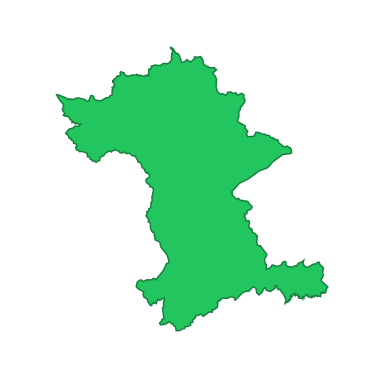 Mueang Tak, Tak, Thailand, rotated 279°
{"feature_id": "78962969B62571443706919", "entity_name": "Mueang Tak", "entity_type": "district", "adm_level": 2, "iso_a3": "THA", "parent_name": "Thailand", "parent_adm1": "Tak", "projection": "orthographic", "projection_center": [99.229, 16.887], "detail": "fine", "context": "isolated", "style": "filled", "palette": "green", "viewbox_px": 384, "rotation_deg": 279, "n_neighbors": 0, "source": "geoboundaries", "source_scale": "gbopen_adm2", "svg_char_len": 5997}
<svg xmlns="http://www.w3.org/2000/svg" viewBox="0 0 384 384"><g transform="rotate(279 192 192)"><path d="M266.8,43.0L261.6,47.3L258.4,51.5L257.0,51.3L255.4,52.1L254.5,51.1L252.4,51.4L249.6,54.2L247.8,52.8L246.9,55.0L247.6,56.0L246.8,57.2L247.1,58.6L244.2,60.5L244.7,61.4L244.1,62.1L241.9,62.6L242.8,63.6L241.8,64.2L242.1,65.4L241.0,66.4L242.1,67.2L241.1,69.5L241.5,71.6L239.2,70.0L238.7,66.1L236.3,64.1L235.3,61.4L233.8,59.8L229.9,58.1L228.6,60.8L226.0,62.2L226.1,63.9L224.6,64.3L223.7,67.0L221.6,67.4L221.3,70.3L219.4,71.1L218.0,70.1L215.6,71.3L215.5,73.0L214.3,74.5L214.9,77.5L213.8,82.5L210.5,83.2L210.7,84.8L208.5,86.5L208.3,88.0L207.0,88.6L207.5,90.6L206.6,91.5L206.5,93.2L208.4,94.5L208.5,95.9L212.0,95.8L214.4,99.4L216.2,99.7L218.9,102.9L219.4,104.7L218.9,106.1L220.3,106.8L220.9,108.8L222.2,109.6L221.3,110.9L220.8,114.0L219.8,114.2L219.4,116.5L220.8,118.8L220.6,120.2L219.6,120.9L220.5,124.2L218.5,127.2L218.7,130.0L214.7,133.5L213.3,133.8L213.2,135.6L212.1,137.2L208.2,139.0L207.8,140.8L204.3,143.0L203.4,144.5L203.9,145.3L202.3,147.3L199.9,147.5L198.1,145.3L196.5,144.6L194.8,145.2L193.3,146.7L192.9,148.9L190.7,149.3L190.5,151.8L188.4,153.7L180.5,153.2L177.3,154.1L175.1,153.2L170.2,153.7L168.4,151.9L166.4,151.9L165.2,150.4L164.3,150.9L161.3,150.4L157.5,153.9L155.8,153.3L155.2,155.5L148.9,157.0L146.0,159.4L146.5,160.7L139.0,163.1L137.5,168.0L132.7,170.0L125.5,177.6L119.6,180.2L117.8,179.3L117.2,178.0L110.1,176.1L99.5,169.9L100.7,168.6L100.5,167.1L99.0,166.0L98.0,160.6L96.0,158.4L97.1,156.0L96.9,154.3L94.5,152.1L89.8,151.7L88.0,153.9L85.7,160.1L83.6,159.6L80.8,160.8L79.1,164.7L76.2,165.9L73.6,168.5L73.5,169.9L76.0,170.2L76.5,171.4L76.0,172.1L77.1,173.1L76.3,174.2L80.6,174.8L79.8,177.1L83.0,181.1L80.3,181.9L80.1,181.3L77.8,181.2L74.1,181.9L72.9,181.0L62.6,184.0L61.7,182.4L59.1,181.8L57.5,180.5L55.9,181.6L57.1,186.1L60.2,189.9L60.0,191.1L58.7,192.0L58.9,193.7L57.2,194.6L56.2,196.9L52.5,198.1L53.4,201.9L55.4,204.0L56.0,206.1L58.0,206.4L58.3,208.4L60.2,211.4L62.8,211.2L63.3,213.1L65.8,212.6L67.9,214.8L70.6,215.3L71.4,217.9L72.9,219.7L70.9,222.5L76.5,228.1L76.1,230.4L77.1,230.9L78.6,230.3L79.4,232.4L82.0,235.0L85.7,235.0L87.1,234.1L88.0,235.4L89.0,235.3L89.4,237.1L90.6,237.3L92.1,239.2L92.5,243.6L95.0,247.3L94.1,250.7L92.2,250.9L92.0,251.7L99.9,257.2L102.1,260.1L103.0,263.8L108.0,267.1L107.1,270.1L102.5,271.7L100.8,274.3L103.3,276.6L108.8,278.5L108.9,279.4L106.5,281.0L106.0,285.0L110.2,289.4L111.8,288.7L112.9,289.8L109.1,292.3L109.7,293.8L104.5,299.0L100.6,301.6L96.6,301.5L98.0,302.7L98.0,303.9L100.7,304.4L100.1,305.4L101.3,305.3L101.1,306.0L103.3,306.4L104.1,305.5L105.1,305.7L104.6,307.2L105.7,307.0L107.0,308.1L105.8,309.8L107.8,309.5L106.5,310.9L107.3,311.8L106.5,312.2L106.7,313.2L105.7,313.2L105.5,314.4L104.9,313.5L103.9,314.1L104.2,317.4L103.6,318.1L106.0,318.0L105.4,319.0L106.2,318.6L107.4,320.8L108.6,321.3L108.7,322.4L106.6,323.0L106.8,325.7L106.2,326.2L106.6,327.0L107.8,326.5L108.0,327.4L107.2,328.3L108.0,328.0L107.7,329.2L108.5,329.1L108.8,330.9L109.8,331.2L108.5,332.1L109.2,334.3L108.9,335.4L112.3,335.0L112.2,335.9L113.6,336.7L112.9,337.4L113.4,337.6L112.9,338.5L113.3,339.6L118.2,340.1L119.5,341.0L124.5,333.6L126.6,333.3L127.8,334.4L129.2,334.1L130.3,334.9L132.5,333.6L137.0,333.6L138.3,333.1L139.8,330.1L142.6,328.5L142.1,327.0L140.1,325.4L139.8,323.3L135.5,317.9L136.4,314.6L138.8,312.8L141.9,313.0L140.2,311.7L138.4,308.3L135.0,306.7L135.1,304.8L133.5,303.0L133.5,297.6L134.6,296.2L137.8,295.5L137.9,294.1L136.7,292.3L134.2,291.9L131.8,288.2L132.5,282.7L129.6,281.2L127.3,278.0L127.5,277.2L131.8,276.8L132.8,275.4L137.1,274.0L140.9,275.6L142.3,275.5L149.6,267.8L149.3,266.2L150.0,264.9L152.9,263.7L159.0,263.3L159.3,262.0L160.6,261.4L161.6,258.2L165.0,256.6L164.9,255.2L166.0,254.6L166.2,253.3L171.4,253.6L172.6,252.5L171.8,250.0L175.1,248.6L176.0,247.4L176.9,248.1L178.3,247.3L179.1,249.5L182.1,249.6L184.5,253.1L186.4,253.6L187.7,253.1L188.7,250.9L190.9,249.2L191.7,246.7L191.0,244.5L191.6,243.7L191.4,240.5L193.0,239.0L192.1,237.2L192.3,236.0L195.5,232.1L197.7,231.9L198.1,231.0L208.0,237.4L213.6,245.4L223.4,255.1L227.8,262.9L234.6,267.2L243.1,275.6L245.5,283.5L246.3,284.2L248.9,283.7L251.1,282.0L251.0,280.3L252.3,279.3L251.2,276.1L251.4,274.4L253.1,272.3L253.5,270.5L256.8,268.6L257.1,265.4L257.8,264.6L257.2,263.8L258.1,263.3L258.3,261.4L259.9,259.2L259.7,256.4L260.5,254.6L260.0,252.1L260.9,250.3L261.2,245.9L256.7,244.4L255.3,238.4L257.9,236.6L260.7,237.6L263.3,234.3L265.5,234.3L268.6,226.3L269.6,225.6L273.8,226.5L278.8,225.6L280.9,226.7L282.7,226.7L289.2,230.0L290.8,230.0L294.3,228.1L296.1,228.1L297.3,225.6L294.6,221.7L297.0,219.7L295.7,217.7L296.9,214.2L296.1,212.9L296.2,211.7L293.2,210.7L292.8,209.9L294.0,206.8L293.1,204.8L295.0,201.5L299.6,199.3L307.2,198.6L309.9,196.9L312.5,193.8L316.6,197.1L317.3,195.3L318.4,194.8L317.5,190.8L319.0,185.2L320.4,183.4L324.2,182.0L324.8,180.8L325.8,180.9L327.1,179.1L325.9,176.5L325.9,173.6L325.1,174.1L320.6,170.8L320.5,168.9L321.9,166.4L319.1,163.9L318.7,161.3L325.2,157.9L326.6,156.1L326.7,154.2L330.8,150.6L331.5,148.4L330.4,148.5L329.7,150.0L327.6,151.1L325.3,150.2L323.6,150.9L321.7,150.5L320.0,151.4L316.7,149.9L315.0,148.1L314.5,143.5L311.9,140.9L311.6,135.6L309.8,132.0L309.2,132.6L306.5,131.9L306.8,130.2L300.3,130.9L300.8,129.9L299.6,129.2L299.9,127.7L298.9,126.7L298.7,124.1L299.4,123.3L298.7,122.9L298.5,121.2L299.3,120.9L298.9,119.7L299.5,119.2L298.4,118.7L298.7,117.0L297.8,115.3L298.3,114.4L296.6,112.1L296.7,108.4L298.4,105.9L299.0,106.2L299.7,103.0L298.7,102.3L295.9,103.0L294.4,99.5L293.5,99.6L290.9,97.2L289.5,97.4L289.6,96.3L288.1,96.5L286.8,98.6L285.1,98.9L284.4,97.9L283.4,98.2L282.7,96.9L282.2,97.7L280.6,97.0L279.7,97.8L278.2,97.3L275.8,98.1L274.4,96.1L272.3,95.1L271.6,92.5L268.3,88.4L267.6,86.3L267.7,82.3L269.0,80.3L271.0,79.9L271.7,77.9L271.2,76.9L265.9,75.7L265.0,74.1L266.5,72.1L267.1,65.5L266.5,62.6L264.5,60.1L265.0,58.7L264.3,56.8L264.9,56.4L264.1,54.7L265.2,52.7L267.2,44.1L266.8,43.0Z" fill="#22c55e" stroke="#15803d" stroke-width="1.5"/></g></svg>